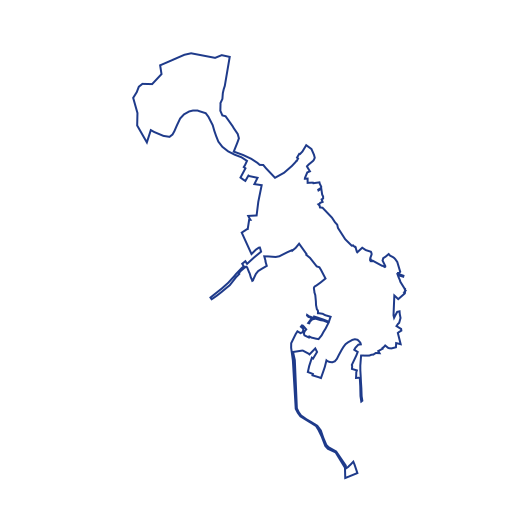 Miercurea Ciuc, Harghita, Romania, rotated 110°
{"feature_id": "2599482B67036234724680", "entity_name": "Miercurea Ciuc", "entity_type": "district", "adm_level": 2, "iso_a3": "ROU", "parent_name": "Romania", "parent_adm1": "Harghita", "projection": "robinson", "projection_center": [25.638, 46.385], "detail": "fine", "context": "isolated", "style": "outline", "palette": "blue", "viewbox_px": 512, "rotation_deg": 110, "n_neighbors": 0, "source": "geoboundaries", "source_scale": "gbopen_adm2", "svg_char_len": 6139}
<svg xmlns="http://www.w3.org/2000/svg" viewBox="0 0 512 512"><g transform="rotate(110 256 256)"><path d="M341.6,185.6L386.0,166.4L389.1,163.0L391.5,159.4L395.2,141.5L397.9,138.0L403.2,132.5L410.8,125.9L412.6,122.5L413.3,114.0L424.5,100.0L434.1,96.2L425.3,86.5L418.4,92.0L416.0,94.2L419.7,95.8L421.6,96.8L422.2,97.0L422.9,97.4L424.8,98.8L422.2,100.0L412.3,113.8L410.9,122.3L409.5,125.3L404.1,130.3L402.3,131.8L397.8,135.4L394.6,140.3L393.1,147.5L392.2,152.8L391.1,156.6L390.5,159.1L388.2,162.4L385.2,165.5L340.6,183.9L333.5,188.4L333.0,187.4L329.0,180.1L328.9,179.4L329.8,173.1L330.2,172.1L322.6,168.7L325.3,165.8L332.9,167.3L332.5,168.7L341.1,168.4L347.3,167.6L347.3,166.4L347.4,162.2L348.8,162.1L348.4,154.5L348.5,154.2L348.5,153.2L341.0,153.3L336.6,153.4L330.0,154.1L330.2,153.6L330.3,153.0L330.4,152.1L330.4,150.6L329.8,148.0L328.0,145.9L325.0,144.8L320.7,144.3L314.8,143.4L311.4,142.7L308.2,141.7L305.5,139.9L303.1,137.8L301.9,136.8L300.4,134.6L300.0,131.9L301.2,129.3L302.1,128.0L303.2,127.3L304.3,129.5L308.2,131.2L310.5,131.6L310.6,131.2L311.4,127.6L315.2,127.7L325.6,128.7L326.5,128.0L329.3,127.2L329.0,122.1L330.9,122.0L333.7,121.1L336.4,120.3L335.3,117.9L335.2,116.7L342.7,113.5L351.9,109.9L356.7,107.3L355.6,106.6L351.6,108.8L344.4,111.7L338.7,114.2L332.5,116.8L327.9,118.8L323.3,120.5L313.6,123.2L313.4,122.7L311.5,117.2L310.7,115.3L309.6,114.1L308.9,113.0L308.6,112.1L306.2,110.3L305.1,106.7L303.5,108.6L299.8,105.3L299.3,105.7L297.5,104.6L295.9,104.0L297.2,100.2L297.0,98.8L296.5,97.1L293.9,93.3L289.9,94.5L289.4,89.9L279.8,96.4L278.8,95.8L276.4,93.9L274.9,94.7L274.5,96.8L273.8,100.0L271.1,99.3L269.9,98.6L264.8,99.0L261.3,101.1L258.9,102.2L260.2,104.2L264.1,104.8L266.8,105.1L264.7,106.5L245.8,112.5L246.5,110.8L247.9,107.6L240.3,103.4L240.0,103.4L239.8,104.1L239.2,103.7L238.9,103.7L238.7,104.1L237.3,103.6L236.8,104.6L235.9,104.7L235.7,105.4L230.9,111.5L229.3,112.7L227.0,114.9L225.2,116.4L225.3,115.3L225.3,114.1L225.1,110.6L224.1,110.7L224.2,116.3L223.4,116.7L222.9,115.6L221.5,115.1L213.3,121.2L211.3,124.1L210.6,125.5L210.2,127.0L209.8,130.2L208.8,132.0L212.3,134.0L214.5,135.7L217.0,135.5L221.3,131.0L221.9,130.9L222.3,131.2L221.9,133.6L222.1,134.2L220.5,144.8L221.3,145.2L221.3,145.6L221.6,146.4L220.2,146.8L220.5,147.5L218.9,147.9L215.0,147.9L213.9,148.4L212.7,149.5L212.9,154.9L212.6,156.1L211.9,159.0L217.9,162.1L217.6,162.6L214.8,164.7L214.2,165.0L213.6,165.4L213.4,165.9L213.7,166.2L213.3,167.4L212.8,168.5L213.5,169.2L213.6,169.5L210.4,176.5L209.6,178.1L201.6,188.6L198.8,190.4L197.3,193.3L194.0,197.7L187.9,210.0L188.5,212.5L187.0,213.4L186.1,215.1L185.0,214.0L184.1,213.9L182.4,211.9L180.4,213.7L179.0,212.6L177.1,213.3L175.7,214.8L170.4,217.7L173.0,219.7L172.4,220.2L169.7,218.1L168.6,218.4L166.3,220.8L165.1,221.6L167.4,225.9L168.0,227.0L167.6,227.5L168.5,229.9L169.6,232.5L165.6,234.0L166.7,236.5L166.0,236.7L161.8,236.5L159.9,236.4L158.0,234.3L154.9,238.2L154.3,238.8L152.0,237.8L149.0,236.0L146.9,234.8L145.7,234.5L143.6,234.4L141.1,236.1L136.5,240.5L135.8,242.9L134.7,246.7L141.9,248.1L145.1,249.5L145.2,250.3L149.5,251.1L150.0,249.8L152.7,250.2L153.1,250.7L154.1,250.9L159.2,253.1L168.2,258.1L176.0,264.9L170.1,276.7L168.0,280.3L169.1,283.7L168.0,286.5L166.3,293.7L165.5,302.7L165.5,312.6L156.2,312.3L151.3,312.3L147.6,314.9L143.5,320.6L142.0,322.4L135.1,332.4L135.4,335.7L131.7,339.2L125.4,341.3L124.5,341.7L119.9,341.3L114.2,342.9L110.1,343.4L106.9,343.5L77.9,348.8L79.0,356.9L83.8,362.2L87.7,386.3L91.4,392.1L109.6,411.3L117.4,407.0L130.0,412.4L133.1,421.6L137.0,424.0L142.8,424.1L149.4,425.5L162.2,416.3L174.0,412.3L186.6,397.4L173.7,397.9L174.3,394.1L174.8,384.1L173.6,378.0L170.4,376.0L166.7,375.4L160.2,375.0L152.7,374.3L147.5,372.1L143.0,368.2L140.8,364.9L139.3,360.7L139.3,358.7L139.0,352.1L141.4,348.4L147.9,341.4L152.6,338.0L156.8,334.6L161.4,330.5L164.9,325.0L167.2,318.0L168.1,310.6L168.2,303.4L169.7,297.0L174.3,297.4L175.3,297.6L176.6,297.9L177.2,295.9L181.3,296.5L187.6,297.4L188.5,294.3L189.1,291.7L183.0,290.6L183.2,289.6L182.0,281.3L189.0,282.1L187.5,274.9L199.5,273.1L204.2,272.4L217.7,269.3L221.0,277.0L222.6,275.3L223.9,273.6L224.4,274.8L233.5,273.0L233.7,273.5L238.9,277.4L255.7,260.9L250.1,258.3L247.2,256.2L246.7,255.3L247.3,254.8L250.2,252.7L258.2,257.4L266.4,261.7L266.1,262.2L264.5,264.2L268.0,266.3L269.7,264.3L269.9,263.9L272.0,265.2L279.7,268.6L282.8,269.7L286.1,271.1L287.4,271.6L290.8,273.0L298.2,277.0L310.6,284.6L311.8,282.9L310.2,281.7L306.6,279.2L301.5,276.0L295.3,272.4L292.5,270.7L282.5,267.4L281.3,266.8L278.6,265.6L278.1,266.3L275.2,265.2L271.5,263.1L269.4,261.7L269.3,261.2L270.1,260.1L273.7,256.9L274.1,256.4L274.9,255.7L277.8,253.6L279.6,251.8L280.6,251.0L280.0,250.5L278.6,250.5L272.9,250.0L269.4,248.8L266.3,246.4L261.6,242.5L258.0,245.2L257.6,245.2L253.5,248.1L252.2,244.3L250.2,237.2L248.3,234.0L245.3,231.2L241.7,227.8L238.3,224.3L238.7,223.8L234.8,221.5L229.7,219.7L236.9,209.2L237.7,209.2L239.3,204.6L245.0,195.4L244.9,192.6L246.9,190.1L253.4,183.0L258.9,186.3L263.3,189.3L264.0,190.0L264.9,190.5L265.7,190.7L266.4,190.6L267.6,190.0L269.4,189.0L270.0,188.8L270.8,188.2L272.5,186.9L278.2,184.2L281.6,182.8L285.2,180.6L285.6,179.9L286.0,179.4L286.6,178.9L288.6,178.2L288.4,177.6L288.2,177.1L287.9,175.6L287.5,173.5L287.9,171.2L287.9,169.6L287.8,168.8L287.7,167.0L287.6,165.1L289.9,165.1L292.9,165.0L292.7,169.8L292.7,171.8L292.8,175.0L292.8,176.6L293.0,180.7L294.1,180.7L294.6,181.3L294.5,183.6L294.4,184.0L294.7,184.9L293.9,187.8L294.5,187.7L294.8,186.6L295.1,186.2L295.3,186.0L295.2,184.5L295.3,182.6L296.4,182.6L301.1,184.0L301.1,183.0L300.8,182.9L300.4,183.0L299.9,183.0L298.2,182.4L296.6,181.6L296.0,181.0L294.7,178.9L294.5,178.3L294.2,173.3L293.8,171.4L293.6,170.5L293.7,169.3L293.7,168.3L293.8,165.0L297.1,165.4L300.4,165.8L304.1,166.6L308.2,167.2L312.7,168.8L313.2,171.5L313.4,173.6L313.7,175.9L313.4,178.4L314.5,178.4L314.0,183.3L313.4,183.9L312.4,184.4L311.1,184.6L309.6,184.4L307.8,183.7L306.1,186.7L305.6,187.8L305.4,188.2L305.5,189.1L307.1,189.6L308.1,186.8L309.8,186.2L311.7,186.1L312.1,186.4L312.5,187.1L313.3,187.7L312.6,191.3L315.8,192.0L325.9,193.1L330.2,191.6L341.6,185.6Z" fill="none" stroke="#1e3a8a" stroke-width="2"/></g></svg>